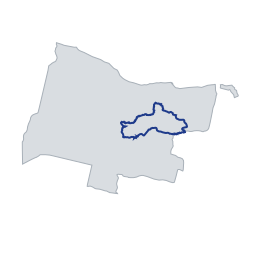 Angola, with Malanje highlighted, rotated 103°
{"feature_id": "AGO-1876", "entity_name": "Malanje", "entity_type": "Province", "adm_level": 1, "iso_a3": "AGO", "parent_name": "Angola", "parent_adm1": "", "projection": "equal_earth", "projection_center": [17.064, -9.524], "detail": "fine", "context": "in_parent", "style": "outline", "palette": "blue", "viewbox_px": 256, "rotation_deg": 103, "n_neighbors": 0, "source": "natural_earth", "source_scale": "10m", "svg_char_len": 8640}
<svg xmlns="http://www.w3.org/2000/svg" viewBox="0 0 256 256"><g transform="rotate(103 128 128)"><path d="M194.3,123.4L194.5,125.4L194.7,128.0L194.9,130.0L195.0,130.8L195.1,131.3L194.9,131.8L194.7,132.9L194.4,134.0L194.2,134.7L194.4,136.0L194.1,139.9L194.0,141.8L194.4,145.2L194.4,146.3L193.4,149.4L193.2,151.0L193.1,151.8L194.0,154.1L194.0,154.6L193.3,154.7L192.7,154.8L172.3,154.8L172.0,194.7L172.0,198.1L172.6,202.6L173.7,207.4L174.2,207.9L175.4,208.8L177.1,210.6L178.0,212.0L179.9,214.4L182.4,217.4L186.9,222.6L171.5,226.4L165.6,227.8L165.1,227.8L164.2,227.3L162.3,227.2L160.1,227.9L158.4,228.1L157.1,227.8L155.8,227.1L154.6,226.2L152.4,225.8L149.4,226.1L146.4,225.9L143.6,225.3L141.6,225.0L140.3,225.2L139.0,225.0L137.6,224.4L136.5,223.5L135.1,221.6L134.0,219.7L133.7,219.5L133.4,219.2L133.0,219.1L126.9,219.0L89.9,218.9L85.6,219.2L85.3,219.2L84.8,218.9L84.4,218.5L83.2,217.5L82.1,216.7L80.7,215.3L79.7,213.9L79.0,213.4L77.6,213.1L76.5,212.9L75.7,212.8L74.2,213.5L73.1,214.2L72.3,214.9L70.9,215.6L69.7,216.4L67.7,216.3L67.2,216.4L66.1,216.3L65.0,215.7L63.9,215.7L62.7,216.6L61.0,216.9L61.4,211.4L61.8,209.0L61.7,206.1L61.4,198.5L61.1,197.5L60.9,196.3L62.0,195.3L62.5,194.6L63.2,193.4L63.7,191.6L64.3,187.7L66.5,178.8L67.5,170.0L68.9,165.9L69.3,161.2L73.1,155.2L74.0,151.5L75.9,149.7L78.7,147.7L80.7,144.3L81.6,141.9L82.7,137.3L82.7,132.5L83.3,126.1L83.2,124.3L82.1,121.7L81.9,119.9L81.0,118.1L79.9,116.8L79.4,114.3L77.6,110.5L77.1,108.0L76.3,106.2L76.1,103.9L75.6,101.5L74.8,99.2L73.9,96.5L73.9,95.6L74.4,94.6L74.9,94.3L74.8,94.8L74.4,95.4L74.5,95.8L77.8,91.1L78.1,90.2L77.9,89.2L77.9,87.9L78.0,86.4L74.8,77.7L72.3,69.5L71.9,65.4L68.5,60.0L67.2,56.5L66.4,54.0L65.9,53.1L66.1,52.6L66.9,52.5L68.8,51.9L71.5,51.3L73.9,49.9L74.5,49.2L75.8,49.1L77.1,49.5L77.6,49.2L77.9,49.2L80.9,49.2L82.2,49.1L84.6,49.1L86.0,49.2L86.9,49.4L89.2,49.7L92.1,49.6L93.1,49.5L96.8,49.4L103.8,49.2L107.5,49.2L110.3,49.3L111.6,49.8L112.8,50.7L113.3,51.6L113.6,52.0L113.9,53.0L114.6,53.7L114.8,54.8L114.6,56.4L114.7,58.3L115.1,60.4L115.8,62.7L117.0,65.1L117.5,67.0L117.4,68.4L117.7,69.9L118.6,71.5L119.2,72.3L119.6,72.9L120.6,75.3L123.8,82.1L124.3,82.4L125.0,82.3L126.5,82.0L127.9,81.9L129.0,82.5L129.4,82.4L131.0,81.3L132.6,80.9L134.2,80.5L135.1,80.0L136.1,80.0L138.8,80.9L139.3,81.0L141.5,81.0L143.7,80.4L144.0,76.6L144.0,75.8L144.5,74.4L145.2,73.1L145.3,71.9L145.3,70.2L145.7,68.2L147.2,66.6L149.6,65.9L150.9,65.7L153.1,65.3L156.3,64.8L157.5,64.9L157.6,65.1L156.9,67.9L156.9,68.8L157.1,69.7L157.6,70.2L164.1,70.3L170.2,70.6L170.6,70.8L170.8,71.0L171.2,72.3L171.1,75.0L170.5,78.9L170.7,82.6L171.8,86.0L171.9,91.2L171.0,98.2L170.8,102.7L171.3,104.5L172.3,106.5L173.8,108.5L175.0,111.1L175.8,114.4L176.1,116.4L175.8,117.2L175.9,118.7L176.1,120.8L175.8,122.1L175.0,122.8L174.7,123.7L175.1,125.5L175.2,127.1L175.8,128.2L176.1,128.2L177.0,127.7L178.0,126.6L178.9,126.1L180.0,126.2L181.6,126.5L184.5,126.6L185.4,126.4L188.1,125.0L188.8,124.9L189.8,125.0L191.3,125.4L192.8,125.5L193.6,125.1L193.6,124.5L193.9,123.7L194.3,123.4ZM74.5,31.0L74.4,31.2L73.1,31.9L71.8,32.5L70.1,35.0L69.3,36.1L69.0,36.3L68.2,36.9L67.7,37.4L67.7,37.7L68.1,38.1L68.5,38.6L68.4,42.7L68.3,46.7L68.1,47.1L67.0,47.2L65.5,47.5L65.1,47.7L64.9,47.3L64.4,45.8L64.7,44.4L65.0,43.3L64.7,41.2L63.9,39.3L63.1,36.9L62.9,36.4L63.5,35.7L64.5,34.0L64.9,33.1L66.1,32.9L66.5,32.3L66.8,31.3L66.9,30.7L68.2,30.2L69.8,29.4L70.6,28.5L71.5,27.9L72.0,27.9L72.4,28.1L73.4,29.7L74.2,30.7L74.5,31.0Z" fill="#d9dde1" stroke="#a8b0b8" stroke-width="1"/><path d="M119.0,71.7L119.0,72.1L119.0,72.3L119.3,72.2L119.5,72.3L119.8,72.5L119.6,72.8L119.5,73.0L119.8,73.4L119.9,73.8L120.1,74.5L120.3,74.8L120.8,75.2L121.0,75.4L121.0,75.7L121.1,75.9L121.0,76.2L121.1,76.5L121.2,76.4L121.3,76.5L121.2,76.6L121.4,76.7L121.4,76.8L121.3,77.1L121.4,77.3L121.6,77.5L121.9,77.8L122.0,77.9L122.0,78.2L122.1,78.3L122.3,78.3L122.2,78.5L122.5,78.6L122.6,78.8L122.6,79.0L122.9,79.2L122.8,79.3L122.7,79.5L122.7,79.8L123.0,80.0L123.0,80.3L123.2,80.1L123.3,80.6L123.5,80.9L123.7,81.0L123.8,81.2L123.8,81.4L123.7,81.8L123.8,82.1L123.8,82.6L123.7,82.7L123.6,82.9L123.7,83.1L124.0,83.3L124.0,85.2L124.0,85.6L124.1,85.9L124.2,86.1L124.1,86.3L123.9,86.8L123.8,87.1L123.7,87.5L123.7,88.0L123.8,88.5L124.3,89.8L124.4,90.6L124.4,93.2L124.2,94.8L124.1,95.1L124.1,95.5L124.4,96.9L124.3,97.4L124.1,98.2L124.0,98.8L123.8,99.1L123.6,99.3L122.3,99.9L122.0,100.1L121.8,100.3L121.6,100.6L121.6,101.0L121.6,101.4L122.0,102.4L122.3,103.2L122.4,103.7L122.4,104.3L122.6,104.6L123.0,104.9L123.1,105.1L123.2,105.4L123.4,105.6L123.5,105.7L124.2,105.9L124.4,106.1L124.7,106.7L124.7,107.1L124.8,107.3L125.0,107.6L125.4,107.7L125.7,107.7L131.5,110.6L131.7,110.9L131.7,111.2L131.6,111.6L131.3,112.2L131.2,112.4L131.0,112.7L130.8,113.3L130.8,113.7L130.9,114.0L131.1,114.4L131.3,114.8L131.9,115.4L133.0,116.5L133.5,116.7L134.0,116.5L134.3,116.8L134.2,117.2L134.3,117.1L134.5,117.3L134.7,117.5L134.9,117.7L134.9,118.2L135.1,118.4L135.2,118.6L135.3,118.5L135.5,118.7L135.7,118.9L135.9,118.7L135.9,118.9L135.9,119.0L136.0,119.1L136.0,119.4L136.3,119.6L136.2,119.6L136.1,119.8L136.1,120.0L135.9,120.1L136.0,120.3L135.8,120.5L135.7,120.5L135.6,120.4L135.5,120.5L135.7,120.8L135.7,121.6L135.8,122.0L135.9,122.4L136.0,122.8L136.2,123.0L136.8,123.8L137.0,124.0L137.1,124.4L137.2,124.7L137.2,125.1L137.1,125.8L137.1,126.3L137.1,126.7L137.4,127.4L137.5,127.8L137.5,128.2L137.4,128.5L137.6,129.1L137.9,129.4L137.9,129.6L138.0,129.8L138.0,130.4L137.9,130.7L137.7,130.8L137.3,130.7L137.0,130.7L136.4,130.8L135.3,131.4L134.7,131.8L134.5,132.0L133.8,133.0L133.5,133.2L133.3,133.3L133.0,133.3L132.5,133.3L131.9,133.1L131.7,133.1L130.6,133.5L130.4,133.5L129.9,133.3L129.7,133.3L129.5,133.5L129.3,133.5L129.2,133.4L129.1,133.1L128.9,133.0L128.7,133.0L128.4,133.1L128.0,133.1L127.8,132.9L127.8,132.7L127.8,132.1L127.7,131.7L127.6,131.3L127.5,131.2L127.3,131.0L127.0,130.7L127.1,131.7L127.1,132.7L127.0,133.1L126.8,133.5L125.8,135.0L125.5,135.2L125.0,135.8L124.8,135.9L124.3,136.0L123.4,135.4L123.5,135.0L123.5,134.6L123.2,133.6L123.1,133.3L123.2,132.9L123.6,132.7L123.7,132.4L123.2,132.5L123.3,132.3L123.2,132.0L123.3,131.9L123.5,131.7L123.6,131.2L123.5,130.9L122.9,129.6L122.9,129.1L122.9,128.8L122.5,128.8L122.3,128.6L122.2,128.4L122.3,128.1L122.6,127.9L122.7,128.0L122.8,127.8L122.9,127.6L122.9,127.1L122.8,126.8L122.6,126.3L122.4,125.8L122.2,125.5L122.0,125.2L122.0,124.5L122.0,124.2L121.8,124.0L121.2,123.5L121.1,123.3L121.0,123.2L120.4,123.3L119.9,123.1L119.7,122.6L119.3,122.6L119.1,122.5L118.9,122.8L118.6,122.7L118.2,122.3L117.1,121.9L116.7,121.6L116.2,121.8L115.8,121.9L115.6,121.9L115.3,121.8L115.2,121.6L114.9,120.9L114.6,120.8L114.3,120.8L114.2,120.7L113.9,120.1L113.7,120.0L113.7,119.9L113.6,119.7L113.9,119.3L113.5,118.8L113.3,118.5L113.1,118.2L112.4,117.0L112.1,116.8L111.8,116.5L111.8,116.3L111.8,115.8L111.8,115.6L111.3,114.8L111.1,114.7L110.8,114.6L110.7,114.4L110.6,114.2L110.5,113.4L110.6,113.0L110.8,112.9L110.9,112.7L111.1,112.6L110.7,110.4L110.4,110.0L110.3,109.0L110.2,108.8L109.8,108.7L109.5,108.2L109.4,108.0L109.4,107.7L109.3,107.4L109.1,107.0L108.9,106.8L108.7,106.7L108.2,106.7L107.8,106.6L107.7,106.6L107.3,106.5L107.2,106.4L106.7,106.5L106.5,106.3L106.3,106.5L106.0,106.6L105.8,106.6L105.2,106.5L105.0,106.3L104.9,106.3L104.7,106.7L104.6,107.1L104.4,107.3L103.2,107.4L102.8,107.3L102.6,107.3L102.3,107.5L102.1,107.5L101.9,107.4L101.6,107.4L101.6,107.5L101.4,107.6L101.2,107.5L100.3,107.7L99.9,107.8L99.4,107.7L99.3,107.8L99.1,107.7L98.9,107.6L98.7,107.5L98.2,107.5L97.9,107.1L97.5,107.0L97.4,106.8L97.2,106.7L97.4,106.0L97.5,105.8L97.6,105.4L97.6,104.9L97.5,104.5L97.3,103.8L97.2,103.5L97.8,102.5L97.7,101.9L97.1,101.3L97.2,101.0L97.4,101.0L97.6,100.9L98.0,101.0L98.5,100.8L98.6,100.2L98.8,99.6L99.0,99.2L99.3,99.1L99.8,99.1L100.0,99.0L100.4,98.6L100.7,98.5L101.1,98.2L101.3,98.1L101.6,98.3L102.1,98.4L102.6,98.3L102.8,98.1L103.0,97.0L102.9,96.1L102.9,95.9L103.1,95.3L103.2,94.0L103.5,92.6L103.8,91.9L103.8,91.6L103.8,91.3L103.6,91.0L103.2,90.7L102.9,90.5L102.8,90.1L102.7,89.8L102.8,89.4L103.2,88.5L103.3,88.2L103.4,87.8L103.6,87.7L104.7,87.2L104.9,86.9L104.9,86.6L104.8,86.4L104.8,85.5L104.7,84.8L104.7,84.1L105.4,84.2L105.7,84.2L106.0,84.1L106.4,83.8L107.2,83.4L107.4,83.3L107.9,82.6L108.1,81.3L108.3,80.5L108.4,80.2L108.4,79.8L108.3,79.1L107.6,76.3L107.5,75.9L107.6,75.5L107.7,75.2L108.1,74.9L108.4,74.7L109.0,74.7L109.3,74.5L110.0,73.9L110.7,72.5L111.4,71.9L113.1,70.9L113.4,70.9L113.6,70.9L113.8,71.0L114.0,71.3L114.2,71.6L114.4,72.3L115.5,74.3L115.7,74.6L116.0,74.8L116.4,75.0L116.7,75.0L116.9,74.9L117.2,74.8L117.4,74.4L117.6,74.0L117.6,73.7L117.7,72.9L117.8,72.6L117.9,72.4L118.3,72.0L119.0,71.7Z" fill="none" stroke="#1e3a8a" stroke-width="2"/></g></svg>